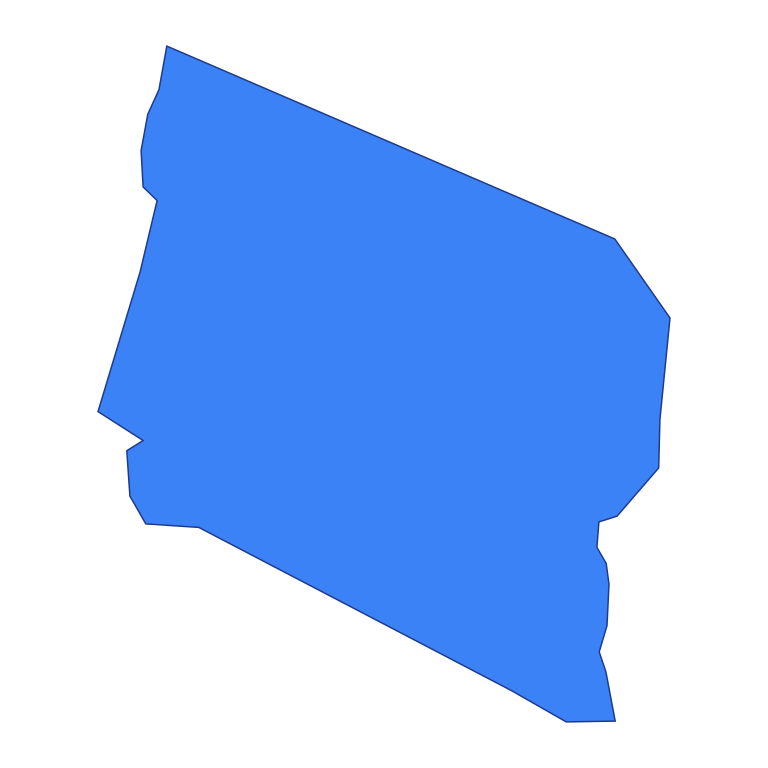 Monte das Gameleiras, Rio Grande do Norte, Brazil
{"feature_id": "56859067B40912870181920", "entity_name": "Monte das Gameleiras", "entity_type": "district", "adm_level": 2, "iso_a3": "BRA", "parent_name": "Brazil", "parent_adm1": "Rio Grande do Norte", "projection": "mercator", "projection_center": [-35.807, -6.43], "detail": "fine", "context": "isolated", "style": "filled", "palette": "blue", "viewbox_px": 768, "rotation_deg": 0, "n_neighbors": 0, "source": "geoboundaries", "source_scale": "gbopen_adm2", "svg_char_len": 489}
<svg xmlns="http://www.w3.org/2000/svg" viewBox="0 0 768 768"><path d="M566.2,721.9L615.2,721.1L605.9,671.8L599.2,651.9L607.0,625.6L609.0,584.2L606.2,563.4L596.9,547.4L598.9,521.9L617.1,516.1L658.7,467.9L659.9,419.8L670.0,318.0L614.8,239.0L500.1,189.7L166.8,46.1L159.0,89.5L147.8,114.2L141.1,150.6L143.1,186.9L157.1,200.6L140.0,272.3L98.0,411.6L143.1,440.5L126.8,450.7L129.9,496.1L145.8,523.9L198.7,527.4L511.4,690.6L566.2,721.9Z" fill="#3b82f6" stroke="#1e3a8a" stroke-width="1.5"/></svg>